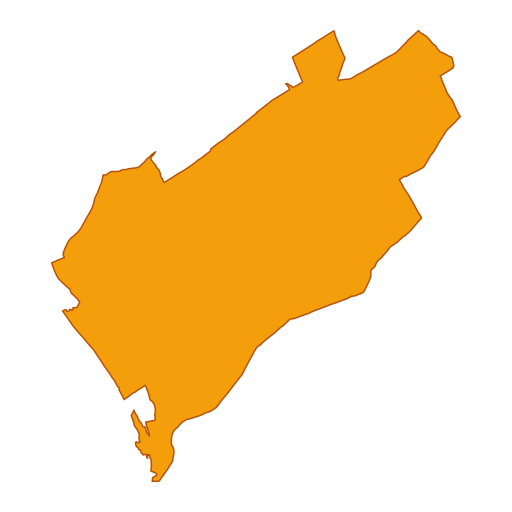 Dobretu, Olt, Romania, rotated 270°
{"feature_id": "2599482B33788431335920", "entity_name": "Dobretu", "entity_type": "district", "adm_level": 2, "iso_a3": "ROU", "parent_name": "Romania", "parent_adm1": "Olt", "projection": "robinson", "projection_center": [23.941, 44.491], "detail": "fine", "context": "isolated", "style": "filled", "palette": "amber", "viewbox_px": 512, "rotation_deg": 270, "n_neighbors": 0, "source": "geoboundaries", "source_scale": "gbopen_adm2", "svg_char_len": 5952}
<svg xmlns="http://www.w3.org/2000/svg" viewBox="0 0 512 512"><g transform="rotate(270 256 256)"><path d="M458.7,395.0L452.6,383.9L441.3,364.9L438.7,360.2L437.6,357.8L433.6,351.4L433.1,349.9L432.9,348.9L432.6,344.6L431.7,338.5L433.2,337.6L434.1,337.6L436.5,339.2L440.0,339.9L444.4,341.6L448.6,342.9L452.8,344.7L454.0,344.9L454.8,344.7L455.7,344.1L458.7,342.7L466.6,339.2L476.0,335.4L478.4,334.7L479.4,334.6L481.1,333.9L479.9,331.7L476.5,326.3L474.6,323.5L472.4,319.6L470.0,315.9L468.8,314.4L466.8,311.4L455.2,293.1L454.7,292.4L445.9,295.9L429.9,302.6L424.6,293.4L424.5,293.1L424.6,292.7L426.1,291.5L426.5,290.1L428.0,288.0L428.4,286.2L428.3,285.9L428.0,285.9L426.2,287.6L424.7,288.6L423.4,289.3L422.7,289.5L422.2,289.3L411.2,271.4L409.9,270.0L399.5,256.5L399.1,256.8L398.9,256.6L385.6,240.2L384.2,238.4L381.4,235.0L376.7,228.5L373.8,225.6L370.7,221.2L369.6,219.2L365.7,214.2L364.0,212.4L363.6,211.4L362.9,210.8L361.2,210.5L360.4,209.7L356.0,203.9L354.1,201.5L351.9,198.1L346.9,191.8L341.7,184.0L337.6,176.9L334.3,172.1L333.4,170.3L330.2,165.5L329.7,164.0L330.3,163.5L333.0,162.5L335.2,160.9L338.7,160.2L341.6,159.2L344.5,156.7L346.7,155.7L351.2,151.9L352.5,151.0L353.6,150.8L354.6,151.1L355.6,151.8L357.0,153.4L359.8,155.2L359.6,154.5L356.9,151.1L355.7,150.1L354.0,148.0L352.5,146.4L350.5,144.8L348.4,142.6L345.1,139.1L344.8,138.5L344.0,134.8L343.5,130.1L342.4,125.5L342.4,122.6L341.9,121.4L340.9,120.2L341.1,120.0L340.7,119.3L340.5,117.0L340.5,112.6L340.3,110.7L339.4,109.5L338.9,108.6L337.2,106.3L337.0,105.9L337.1,104.7L336.7,103.7L337.0,103.2L330.3,101.8L323.7,99.1L319.2,97.5L314.4,95.0L306.7,93.1L303.4,91.8L300.7,90.4L294.3,86.7L287.4,82.9L284.7,81.4L281.5,79.2L279.6,77.6L278.6,76.3L277.2,75.0L276.2,73.9L274.2,71.2L271.6,69.0L268.9,67.4L263.2,64.8L259.6,63.5L258.3,63.2L257.4,63.2L256.5,63.4L254.6,64.4L251.9,58.1L251.6,57.0L250.9,55.8L249.8,53.1L249.1,51.7L242.1,54.1L235.4,57.2L233.7,58.3L232.8,59.0L229.1,62.7L226.7,65.4L225.6,66.4L222.7,70.0L220.0,70.8L218.7,71.4L215.7,74.8L213.2,77.2L210.7,79.1L211.0,79.2L210.5,79.7L209.2,79.3L205.6,77.6L204.9,77.2L204.5,76.7L204.5,75.2L204.2,74.4L204.3,73.1L202.4,72.9L201.8,72.3L201.6,71.7L202.4,71.2L202.4,70.5L202.6,70.0L202.5,69.7L201.8,69.4L201.0,68.7L200.7,68.0L200.6,67.2L200.9,66.7L202.1,66.1L202.2,65.1L201.5,63.5L200.9,62.7L185.8,73.2L180.2,78.0L178.1,79.7L174.9,82.7L167.2,89.1L162.1,93.7L160.7,94.7L158.5,96.0L149.0,102.4L146.6,103.8L140.5,108.1L138.8,109.4L134.1,112.3L131.7,114.3L125.9,117.3L125.1,118.0L124.5,119.1L124.0,119.2L122.8,119.0L122.2,119.0L112.5,124.2L115.8,128.9L117.7,131.3L118.7,132.5L119.8,134.9L122.5,138.7L123.0,139.7L125.1,143.0L126.8,145.0L124.3,146.3L118.4,148.5L112.3,150.0L111.6,150.5L111.3,151.4L110.9,152.0L110.2,152.4L109.7,152.9L108.7,153.4L107.9,154.0L105.8,154.8L104.1,155.0L102.9,155.3L100.6,155.3L97.0,154.8L95.1,155.1L93.2,155.1L92.1,155.3L91.8,155.0L89.9,145.7L85.7,146.6L82.7,147.9L80.5,148.3L76.9,149.5L76.5,149.5L76.3,149.3L76.3,149.0L76.5,148.9L78.1,148.4L78.5,148.1L78.5,147.2L78.7,146.9L83.1,145.8L84.7,145.1L85.3,144.3L85.2,143.1L85.5,142.6L88.0,141.8L88.9,141.3L90.4,139.8L91.8,139.0L93.3,137.9L95.2,137.6L98.4,135.4L101.7,133.9L96.4,131.3L90.8,133.3L86.3,134.4L83.5,136.5L81.2,137.8L79.1,138.8L77.1,139.3L76.1,139.2L75.5,139.0L71.9,139.2L71.3,139.3L70.7,139.9L70.3,140.1L69.6,139.4L69.3,138.6L69.7,137.4L70.1,136.6L69.8,135.8L69.3,135.5L68.9,135.5L65.7,136.2L64.1,138.0L62.3,138.9L62.1,139.3L62.2,140.1L62.0,140.4L59.0,141.3L58.2,142.3L57.1,143.1L57.6,143.4L57.7,143.8L56.9,146.5L56.5,146.7L54.0,147.0L54.1,147.7L57.4,147.7L56.7,149.0L56.7,149.8L54.4,150.0L53.0,150.5L52.7,151.0L52.2,151.1L46.2,151.4L41.3,150.9L40.8,151.1L40.5,151.6L40.3,153.2L39.7,153.5L39.5,154.7L39.2,155.4L38.8,156.1L38.0,156.6L37.0,156.8L36.6,156.6L35.1,153.8L34.3,152.8L32.8,152.4L30.7,152.3L30.7,157.9L30.9,158.8L31.2,159.5L33.7,160.9L36.7,163.4L41.1,166.3L43.4,168.0L50.6,172.4L51.3,172.7L54.4,173.0L58.3,173.8L61.4,173.9L63.8,173.5L66.2,172.1L68.4,171.3L73.8,171.5L77.1,172.0L79.1,172.6L81.4,174.1L83.2,175.6L83.7,176.2L84.1,176.9L84.9,177.8L87.0,179.3L89.7,182.3L92.0,185.5L92.6,187.2L93.7,191.8L94.8,194.4L95.0,195.6L95.6,197.6L97.1,201.6L99.5,206.4L100.4,210.0L103.4,214.7L105.3,216.9L105.9,217.2L107.7,218.9L110.6,220.8L119.3,228.0L127.5,234.2L132.0,237.8L137.7,242.2L146.0,246.4L157.8,252.8L163.5,256.0L165.1,257.3L166.2,258.7L167.3,260.7L168.9,261.9L171.4,264.8L179.3,274.8L184.7,280.7L185.6,282.0L186.0,282.9L186.7,283.4L189.5,286.6L191.6,288.5L192.8,290.3L193.0,290.9L193.2,292.9L193.7,294.7L197.6,305.6L198.7,308.9L199.9,311.0L200.6,313.0L201.8,315.6L202.9,319.1L204.6,323.1L205.5,325.9L207.2,329.8L209.1,335.6L213.8,348.1L215.8,351.6L215.9,353.5L216.2,355.1L216.6,356.1L217.8,358.7L218.2,360.3L219.3,362.9L220.8,364.1L223.1,365.4L230.6,368.9L234.5,370.4L236.3,370.9L240.7,370.8L241.9,371.1L242.7,371.8L244.5,374.0L245.4,374.8L249.5,376.6L250.7,377.4L255.2,382.2L258.7,385.1L261.8,387.9L263.5,388.8L265.0,390.3L266.2,391.7L267.3,393.7L269.9,397.3L274.7,402.4L276.4,405.0L279.9,409.1L283.4,412.3L290.8,418.6L293.4,421.1L293.8,421.3L294.5,421.3L296.6,420.2L298.3,419.0L302.0,416.8L307.2,414.1L316.1,409.1L324.8,403.3L326.0,402.9L331.6,399.7L332.2,399.5L332.4,399.7L332.6,399.6L333.4,401.1L335.7,404.4L335.4,405.3L335.6,406.4L338.0,410.6L341.6,418.1L344.2,422.7L344.8,423.5L345.8,424.3L350.7,427.3L356.8,430.8L361.4,434.3L370.8,439.7L379.2,445.1L380.4,445.7L383.3,448.2L386.2,451.4L389.3,454.6L393.6,458.5L395.3,460.3L396.1,459.8L402.3,456.5L407.3,454.4L412.8,451.7L415.7,449.2L419.8,446.8L422.5,445.8L430.9,442.2L433.0,441.6L436.1,440.3L440.4,447.5L444.3,453.3L446.0,453.7L447.1,453.7L454.2,452.0L454.8,451.6L456.0,448.5L458.8,443.6L459.6,441.6L460.4,439.8L461.0,439.5L463.4,437.2L465.9,435.9L466.9,434.8L467.9,433.2L468.7,432.4L474.6,427.5L476.2,425.6L477.8,423.0L477.6,422.9L478.3,422.1L479.1,420.5L479.8,420.0L481.3,418.6L479.6,416.5L471.7,407.8L470.4,406.9L462.5,399.3L460.5,397.2L458.7,395.0Z" fill="#f59e0b" stroke="#b45309" stroke-width="1.5"/></g></svg>